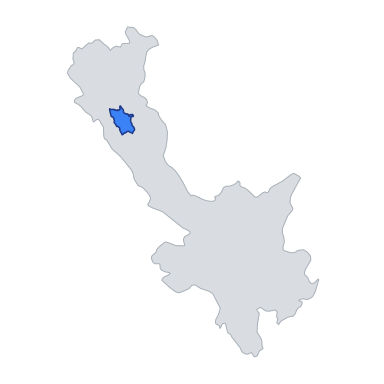 location of Phine, Savannakhét, Laos, rotated 184°
{"feature_id": "54806243B87203647312357", "entity_name": "Phine", "entity_type": "district", "adm_level": 2, "iso_a3": "LAO", "parent_name": "Laos", "parent_adm1": "Savannakhét", "projection": "albers", "projection_center": [105.988, 16.434], "detail": "fine", "context": "in_parent", "style": "filled", "palette": "blue", "viewbox_px": 384, "rotation_deg": 184, "n_neighbors": 0, "source": "geoboundaries", "source_scale": "gbopen_adm2", "svg_char_len": 7567}
<svg xmlns="http://www.w3.org/2000/svg" viewBox="0 0 384 384"><g transform="rotate(184 192 192)"><path d="M131.3,36.5L133.1,40.0L141.9,49.7L143.4,52.3L146.7,54.3L149.3,62.8L150.5,63.4L152.0,62.8L153.1,61.6L154.1,58.4L154.7,58.1L155.7,60.8L158.2,61.6L159.3,62.8L159.6,64.8L159.2,66.9L157.0,71.7L155.7,78.1L164.3,92.2L168.0,94.1L176.8,96.5L182.7,99.6L185.5,98.9L188.2,95.5L191.4,93.6L197.3,90.7L199.1,90.6L202.3,91.8L207.7,95.3L215.8,101.8L215.5,103.5L214.0,105.2L209.6,107.7L208.2,109.4L209.1,110.0L212.7,110.4L217.0,111.9L218.3,113.6L219.0,117.5L219.7,118.2L223.7,117.8L224.9,118.3L226.4,119.6L227.8,122.8L227.7,125.2L223.7,129.4L223.2,131.9L221.2,134.9L215.7,140.0L214.2,140.3L204.2,137.4L196.2,137.7L195.5,138.8L196.8,141.8L197.2,144.9L195.9,147.2L191.3,150.1L191.1,151.4L192.0,152.8L198.7,155.6L220.0,170.3L229.8,173.2L234.1,175.0L235.2,176.1L235.1,177.3L234.0,178.9L233.0,181.8L233.0,183.5L234.0,185.2L235.7,187.7L241.7,193.2L246.1,194.6L250.7,200.9L252.1,206.5L254.3,210.1L265.5,222.1L274.9,229.5L280.4,237.4L283.2,239.2L284.0,242.1L284.8,250.5L288.0,254.7L288.7,256.4L290.1,257.6L291.7,257.9L295.0,255.1L295.6,255.5L297.2,259.9L298.5,261.5L303.5,264.2L308.8,269.5L311.6,271.5L315.2,273.0L315.7,274.7L315.1,276.4L314.0,277.5L307.8,280.6L307.0,282.0L311.1,288.8L321.4,297.2L324.6,302.2L324.0,304.7L321.2,309.6L319.1,311.0L318.5,312.5L320.1,316.5L320.0,322.7L318.1,324.2L316.3,328.1L315.0,328.3L311.9,327.0L305.3,333.6L302.4,333.2L299.1,336.9L294.9,337.4L291.9,334.7L285.6,330.4L283.4,327.6L281.4,330.0L278.1,332.2L273.4,331.5L272.2,334.7L271.2,335.3L265.6,335.9L264.5,336.4L265.4,339.4L268.8,344.4L269.8,347.3L267.7,352.1L261.8,352.0L259.2,350.0L255.9,346.0L248.4,343.3L243.3,345.2L241.8,345.1L238.0,341.7L236.7,339.5L235.8,336.2L241.6,333.6L244.5,331.6L246.4,329.4L247.2,327.2L248.1,317.8L249.0,314.5L248.5,310.4L247.0,307.2L247.0,302.4L247.8,298.5L250.0,296.6L251.5,293.8L252.4,287.5L251.7,285.9L249.6,284.4L246.0,282.9L243.8,281.1L242.8,278.8L242.9,276.9L244.0,275.2L241.3,273.3L234.8,271.2L231.2,268.7L230.5,265.8L227.8,262.0L223.1,257.3L220.7,250.5L220.5,241.7L221.1,234.5L223.2,226.2L220.5,220.2L217.6,217.0L213.4,214.7L209.5,211.3L205.8,206.9L201.4,200.5L196.3,191.9L192.8,188.1L191.0,189.0L187.2,188.1L181.5,185.6L176.5,184.2L172.2,184.0L169.5,184.5L168.2,185.8L168.0,187.1L169.1,188.3L168.5,189.3L166.3,190.0L164.4,191.4L162.4,194.5L160.9,198.5L158.7,200.1L155.4,200.4L152.2,201.5L149.0,203.4L147.5,204.9L147.6,205.9L146.9,206.1L145.4,205.5L144.7,204.2L144.8,202.0L143.2,200.6L139.9,199.8L136.1,197.5L129.0,191.5L127.4,191.2L125.0,192.6L121.8,195.9L119.3,197.1L117.3,196.4L115.7,197.5L114.6,200.5L112.5,202.8L102.7,209.0L93.7,216.9L91.5,217.6L86.3,215.2L84.6,213.6L92.3,197.0L93.5,193.0L93.4,187.6L90.4,183.1L90.3,181.8L90.8,180.4L94.7,175.3L99.2,162.1L99.1,157.9L97.3,153.3L96.4,149.0L97.4,143.1L97.1,140.8L95.1,139.6L88.5,138.2L84.7,139.1L82.9,140.7L80.6,141.6L76.5,142.1L72.6,140.0L69.4,136.5L68.7,132.3L73.1,123.5L74.2,120.1L74.1,118.5L73.4,116.8L72.5,116.5L70.4,114.4L68.5,110.6L66.6,108.9L64.8,109.1L63.0,110.5L60.2,113.9L59.4,113.4L62.1,101.2L64.5,96.0L67.3,93.7L70.2,92.7L73.1,93.2L75.7,92.8L77.7,91.6L77.5,90.8L75.2,90.6L74.3,89.2L74.8,86.6L75.9,84.9L77.6,84.2L79.2,81.6L80.9,77.1L82.8,74.9L85.0,74.9L88.8,73.1L94.2,69.4L96.3,65.8L98.3,67.5L97.5,71.7L98.5,72.7L99.0,74.2L98.6,76.6L99.0,78.6L99.8,79.6L101.0,80.1L106.6,78.5L110.1,78.5L115.7,81.7L119.1,79.5L119.1,78.6L116.4,75.6L117.5,64.8L117.3,56.7L112.8,50.5L111.9,48.1L111.5,44.1L110.3,40.7L113.7,38.0L115.5,33.1L117.9,31.9L118.6,32.1L121.4,35.9L125.0,34.1L127.7,34.2L130.0,35.2L131.3,36.5Z" fill="#d9dde1" stroke="#a8b0b8" stroke-width="1"/><path d="M272.6,253.6L272.5,253.4L272.2,253.1L272.1,252.9L272.0,252.7L271.9,252.4L271.7,252.2L271.4,252.1L271.3,252.3L271.2,252.3L270.9,252.4L270.7,252.3L270.3,252.2L270.2,252.1L269.8,251.8L269.7,251.6L269.5,251.3L269.2,251.2L268.9,251.1L268.7,250.9L268.5,250.5L268.4,250.2L268.5,249.9L268.5,249.7L268.5,249.3L268.4,249.1L268.4,248.9L268.3,248.6L268.0,248.2L267.8,247.7L267.6,247.4L267.3,246.9L267.2,246.6L266.9,246.2L266.6,245.9L266.4,245.7L266.2,245.3L266.0,245.0L265.9,244.7L265.8,244.3L265.5,244.3L265.3,244.4L265.0,244.6L264.9,244.8L264.7,244.9L264.6,245.1L264.4,245.2L264.2,245.4L264.1,245.5L264.1,245.8L263.9,246.0L263.7,245.9L263.5,246.0L263.3,246.1L263.2,246.2L262.8,246.3L262.4,246.5L262.1,246.6L261.8,246.8L261.7,247.0L261.5,247.5L261.3,247.6L260.8,247.8L260.4,248.0L259.8,248.1L259.6,248.1L259.4,248.1L258.9,247.8L258.7,247.7L258.4,247.5L258.0,247.3L257.9,247.2L257.7,247.1L257.3,247.1L257.2,247.1L256.8,247.0L256.4,246.8L256.0,246.7L255.8,246.6L255.5,246.4L255.3,246.9L255.1,247.4L254.9,247.8L254.7,248.2L254.6,248.4L253.9,249.7L253.8,249.9L253.7,250.0L253.6,250.3L253.8,250.7L253.9,251.2L254.2,251.8L254.3,252.0L254.5,252.4L254.9,252.9L255.0,253.1L255.5,253.4L255.7,253.6L256.2,254.2L256.4,254.5L256.5,254.6L256.5,254.8L256.6,255.1L256.6,255.3L256.8,255.8L256.8,256.0L256.9,256.3L257.0,256.5L257.5,256.9L257.9,257.4L258.1,258.2L258.2,259.5L258.2,260.0L258.1,260.6L258.1,260.9L258.2,261.5L258.1,261.9L258.2,262.3L258.1,262.7L257.9,262.8L257.6,263.0L257.4,263.0L257.3,263.3L257.2,263.4L257.1,263.5L256.9,263.5L256.7,263.5L256.8,263.5L256.8,263.4L256.7,263.4L256.4,263.2L256.2,263.1L256.0,263.3L256.1,263.5L255.9,263.9L255.8,264.0L255.9,264.3L256.0,264.4L256.2,264.5L256.3,264.6L256.5,264.6L256.7,264.8L256.6,265.0L256.8,265.2L257.0,265.2L257.5,265.0L257.8,265.0L258.0,265.0L258.3,265.0L258.4,264.9L258.6,264.8L258.7,264.7L258.9,264.7L259.1,264.8L259.3,264.5L259.4,264.4L259.6,264.2L259.8,264.0L259.7,264.0L259.7,263.7L259.6,263.4L259.7,263.2L259.8,263.2L260.0,263.2L260.2,263.3L260.3,263.4L260.4,263.5L260.5,263.7L260.5,263.8L260.5,264.0L260.4,264.1L260.4,264.4L260.5,264.5L260.8,264.8L261.0,264.9L261.2,265.0L261.3,265.0L261.5,265.1L261.7,265.3L261.8,265.4L262.1,265.4L262.4,265.1L262.5,265.0L262.8,265.1L263.0,265.2L263.2,265.3L263.3,265.4L263.4,265.5L263.5,265.6L264.0,265.7L264.5,265.8L265.0,265.9L265.2,266.0L265.3,266.1L265.5,266.3L265.6,266.5L265.7,266.8L265.8,266.9L265.9,267.4L266.0,267.8L266.1,268.2L266.2,268.4L266.2,268.6L266.2,268.9L266.3,269.1L266.4,269.3L266.6,269.6L266.8,269.8L267.4,270.5L267.7,270.7L267.9,271.0L268.3,271.3L268.5,271.6L268.9,272.2L269.1,272.4L269.3,272.7L269.6,272.8L269.7,272.7L269.8,272.6L269.9,272.4L269.9,272.2L270.0,272.0L270.0,271.9L270.0,271.7L269.9,271.5L269.9,271.4L269.8,271.2L269.7,271.2L269.6,270.8L269.6,270.7L269.7,270.4L269.7,270.2L269.6,269.9L269.7,269.7L269.7,269.4L269.7,269.2L269.8,269.0L269.9,268.9L270.0,268.8L270.1,268.7L270.4,268.7L270.6,268.8L270.8,268.8L271.0,268.7L271.1,268.3L271.2,268.2L271.3,268.2L271.5,268.2L271.6,268.3L271.7,268.5L271.8,268.7L272.0,268.6L272.2,268.4L272.4,268.1L272.5,268.0L272.8,268.0L273.1,268.1L273.2,268.3L273.3,268.4L273.6,268.5L273.9,268.6L274.0,268.6L274.2,268.4L274.3,268.3L274.5,268.2L274.8,268.4L274.8,268.5L275.4,268.9L275.9,268.8L276.3,269.0L276.7,268.9L277.2,268.7L277.7,268.8L278.5,268.6L278.9,268.6L279.1,268.8L279.4,269.0L279.5,269.1L279.7,269.3L279.8,269.3L279.8,269.2L279.8,268.7L279.9,268.1L279.9,267.8L279.8,267.7L279.7,267.5L279.6,267.3L279.5,266.9L279.3,266.3L279.2,266.0L279.2,265.9L278.1,262.3L278.0,262.2L277.9,261.9L277.7,261.7L277.2,261.5L276.6,261.4L276.3,261.4L276.2,261.4L275.9,261.1L275.4,260.2L275.3,259.9L275.2,259.6L274.9,259.1L274.7,258.8L274.6,258.5L274.5,258.3L274.5,257.9L274.4,257.6L274.4,257.3L274.5,256.9L274.6,256.6L274.5,256.2L274.4,256.0L274.4,255.8L274.2,255.5L274.0,255.3L273.7,255.0L273.5,254.8L273.3,254.5L273.0,254.2L272.8,253.9L272.6,253.6Z" fill="#3b82f6" stroke="#1e3a8a" stroke-width="1.5"/></g></svg>